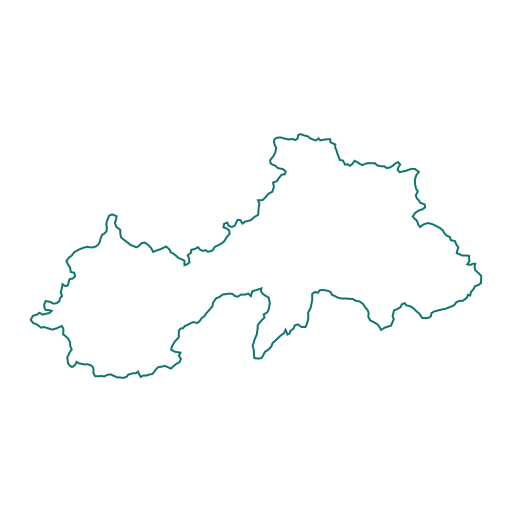 outline of Tapiraí, São Paulo, Brazil
{"feature_id": "56859067B25724400047231", "entity_name": "Tapiraí", "entity_type": "district", "adm_level": 2, "iso_a3": "BRA", "parent_name": "Brazil", "parent_adm1": "São Paulo", "projection": "albers", "projection_center": [-47.631, -23.999], "detail": "fine", "context": "isolated", "style": "outline", "palette": "teal", "viewbox_px": 512, "rotation_deg": 0, "n_neighbors": 0, "source": "geoboundaries", "source_scale": "gbopen_adm2", "svg_char_len": 5691}
<svg xmlns="http://www.w3.org/2000/svg" viewBox="0 0 512 512"><path d="M454.9,241.1L450.8,240.1L449.7,236.8L446.6,235.6L444.3,233.1L442.9,230.4L439.6,227.8L435.8,225.8L432.4,224.2L428.6,223.1L426.0,223.5L423.3,224.6L420.1,227.1L418.3,224.8L417.0,220.8L414.4,218.5L412.7,216.6L415.1,213.0L418.6,210.6L422.8,209.1L425.1,207.4L424.6,204.4L420.4,202.9L419.0,200.5L416.8,198.3L415.8,195.3L417.8,191.5L416.0,188.6L415.2,184.8L414.8,179.6L416.4,175.0L418.8,171.9L415.0,169.0L411.9,168.8L408.5,169.8L405.6,171.0L402.5,171.5L399.5,172.1L397.8,170.1L398.3,167.4L400.2,164.5L398.0,162.1L395.1,163.7L392.4,166.0L390.0,167.4L386.7,168.1L384.4,166.3L381.4,166.3L377.5,165.5L374.8,163.2L371.4,163.2L368.5,163.1L365.5,163.7L362.3,165.1L359.9,164.0L357.3,162.2L354.6,160.8L352.2,164.2L349.8,165.8L347.5,164.2L345.0,164.6L343.0,160.6L339.8,159.9L338.4,156.2L337.2,153.2L336.5,150.3L335.2,147.7L335.3,144.5L330.5,142.3L330.1,139.2L325.6,139.4L320.3,140.4L318.6,138.4L316.0,140.4L313.5,139.7L310.0,138.3L308.2,136.5L304.4,135.5L300.3,134.1L298.1,135.2L297.5,138.7L295.2,140.0L292.6,139.0L289.8,139.4L286.7,139.1L280.4,137.4L276.7,137.8L274.5,139.3L274.0,141.9L274.7,145.1L276.2,147.6L275.4,151.9L273.6,156.0L271.7,158.2L270.1,160.3L270.5,163.2L272.7,164.8L275.0,165.5L278.0,168.1L282.7,169.0L285.7,171.4L284.9,174.2L281.6,174.8L278.9,178.0L276.8,181.2L273.1,182.6L273.9,186.9L272.4,191.7L269.7,193.0L267.8,194.5L265.4,197.4L262.6,200.1L258.0,200.3L259.4,203.7L258.9,206.7L258.5,210.1L258.1,214.9L254.4,217.0L251.1,220.0L248.5,220.8L244.9,221.7L242.6,223.6L240.3,220.1L237.6,219.9L234.7,225.8L232.0,226.9L228.8,225.9L227.2,222.6L224.1,223.8L223.4,227.3L227.0,228.7L229.3,230.8L229.6,233.8L226.5,237.5L224.3,241.2L221.2,243.7L217.6,245.5L214.8,246.9L212.4,250.6L207.9,251.8L205.8,250.2L202.7,250.9L200.0,249.6L198.0,247.2L195.1,248.9L191.2,249.9L191.1,252.5L187.7,255.4L188.9,258.2L189.5,262.3L187.3,264.2L184.5,265.2L184.4,260.7L181.4,259.1L178.7,258.2L176.0,255.7L173.2,253.5L170.6,252.2L169.6,249.7L166.2,246.5L163.4,247.8L160.3,249.3L157.2,250.3L153.2,251.9L151.0,247.9L147.7,244.5L144.8,242.6L141.6,243.2L138.5,246.3L136.2,247.3L133.0,245.9L130.6,245.0L128.5,243.2L126.6,241.8L123.7,239.6L121.2,237.6L120.4,234.4L120.2,229.8L116.2,226.7L114.9,223.2L115.9,219.9L116.6,216.3L112.3,214.4L109.2,215.6L107.2,220.3L106.3,224.2L106.9,227.8L106.5,231.2L104.6,233.3L102.0,234.9L100.6,238.6L99.8,241.7L98.4,244.5L96.3,246.2L93.5,247.3L90.1,247.4L87.5,246.8L84.2,247.5L79.5,249.3L74.2,252.2L71.8,255.5L69.2,257.3L66.4,261.1L68.1,264.6L70.1,267.8L70.8,272.0L74.1,272.7L75.1,276.1L72.9,278.5L69.5,279.2L68.8,281.9L67.9,285.3L65.4,286.2L62.6,284.2L61.7,288.6L60.8,292.7L62.1,296.0L60.1,298.2L59.2,301.5L56.3,303.3L53.1,303.6L50.2,301.9L45.7,301.0L44.2,304.3L44.4,307.5L45.5,309.8L49.4,310.2L51.7,310.9L49.3,313.1L45.7,313.8L42.8,314.6L39.5,312.8L36.7,314.7L32.8,315.9L30.7,319.9L33.3,323.1L36.8,324.4L41.2,327.7L44.0,327.0L47.2,328.0L52.2,329.6L56.4,328.4L61.7,326.0L63.2,328.2L63.4,331.0L63.1,334.3L65.3,335.9L68.3,338.9L70.1,342.5L70.2,345.7L71.7,349.5L69.6,352.5L67.3,357.3L68.0,363.3L69.9,365.7L72.1,367.1L75.2,364.9L76.5,361.9L79.0,363.4L84.9,364.5L87.2,364.2L90.7,365.2L92.8,366.9L93.6,369.7L93.3,372.9L95.0,376.1L97.6,376.3L101.3,376.0L104.0,376.5L107.6,374.8L110.7,374.4L113.6,375.8L117.3,377.4L119.8,377.4L123.1,377.9L126.6,376.8L128.4,374.5L133.2,373.3L136.1,373.2L138.1,371.6L139.0,374.0L140.8,377.0L143.2,375.5L146.3,375.6L149.6,374.4L152.2,374.1L154.1,372.1L156.0,369.2L158.2,367.2L161.4,366.7L165.0,365.9L170.9,368.6L174.1,365.6L176.5,363.8L179.4,362.3L180.9,358.9L178.9,355.8L180.4,352.6L177.1,352.1L174.7,351.7L171.2,349.8L171.7,347.1L173.2,344.1L175.2,341.1L178.8,337.4L178.8,333.4L178.9,330.5L180.7,328.5L183.2,328.1L184.8,326.0L187.1,325.1L189.9,323.6L193.2,322.1L197.3,323.0L199.6,321.2L201.7,318.1L204.2,316.4L206.5,313.1L209.3,309.9L212.3,306.5L213.2,302.3L216.3,298.1L219.3,297.1L222.5,294.6L229.6,293.6L232.5,293.9L234.9,296.0L237.6,296.7L241.0,294.6L245.2,294.6L248.3,293.6L250.8,296.1L252.4,291.2L257.4,289.7L261.4,288.4L260.9,291.2L262.6,293.7L264.9,295.4L268.6,297.6L269.8,302.8L268.8,309.0L267.4,312.2L263.6,314.6L264.5,317.6L261.7,320.2L259.4,322.9L257.7,325.3L257.7,328.5L257.1,331.7L256.8,334.4L254.7,339.2L253.9,342.1L252.7,345.6L253.8,350.3L254.0,355.0L254.4,358.2L259.0,358.6L261.7,357.9L263.2,355.3L264.9,352.0L268.8,349.3L271.3,346.5L272.7,342.9L275.2,340.9L277.9,338.2L280.3,335.9L284.1,333.0L285.6,329.8L287.5,334.5L289.6,333.4L290.5,330.8L293.6,328.5L294.7,325.4L298.0,324.4L301.3,326.9L305.5,327.1L306.7,324.5L308.1,319.7L308.3,315.5L308.1,312.5L309.9,309.4L310.9,307.0L311.4,304.1L312.2,300.4L312.2,293.9L314.9,292.0L317.9,292.8L319.6,290.3L323.2,289.9L327.2,290.7L330.5,291.9L332.1,294.9L335.2,296.2L338.1,297.8L342.2,298.6L345.1,298.4L348.3,298.8L352.7,299.0L355.6,300.7L359.5,301.4L363.2,304.1L365.6,307.9L367.5,309.8L368.6,313.0L368.3,316.9L370.3,320.5L373.3,321.9L377.3,324.2L379.3,326.6L381.1,329.9L384.8,327.6L388.2,326.5L391.0,325.7L392.5,322.1L393.8,318.9L392.6,316.5L393.1,314.0L394.0,310.5L396.7,309.3L400.3,307.4L401.9,304.3L404.8,303.1L406.2,305.3L410.3,306.3L413.5,308.3L416.3,311.1L419.5,313.9L422.2,318.0L425.4,318.1L428.6,317.8L430.8,316.4L431.5,313.1L433.8,311.6L438.2,310.4L441.8,309.5L445.7,308.8L449.0,307.3L451.3,306.7L454.4,305.0L456.2,302.3L459.3,300.9L462.8,300.8L465.3,299.0L467.3,297.3L467.9,294.8L470.2,295.5L470.8,292.3L473.8,288.6L475.2,286.0L478.4,285.1L481.0,283.0L481.1,279.0L481.3,275.9L478.2,272.8L475.2,270.1L474.6,266.6L475.3,263.8L472.7,263.8L470.5,264.9L467.3,264.3L469.3,261.6L469.0,255.8L465.6,255.5L462.3,255.5L459.0,254.0L456.7,253.1L457.4,250.0L458.4,247.6L456.4,244.6L454.9,241.1Z" fill="none" stroke="#0f766e" stroke-width="2"/></svg>